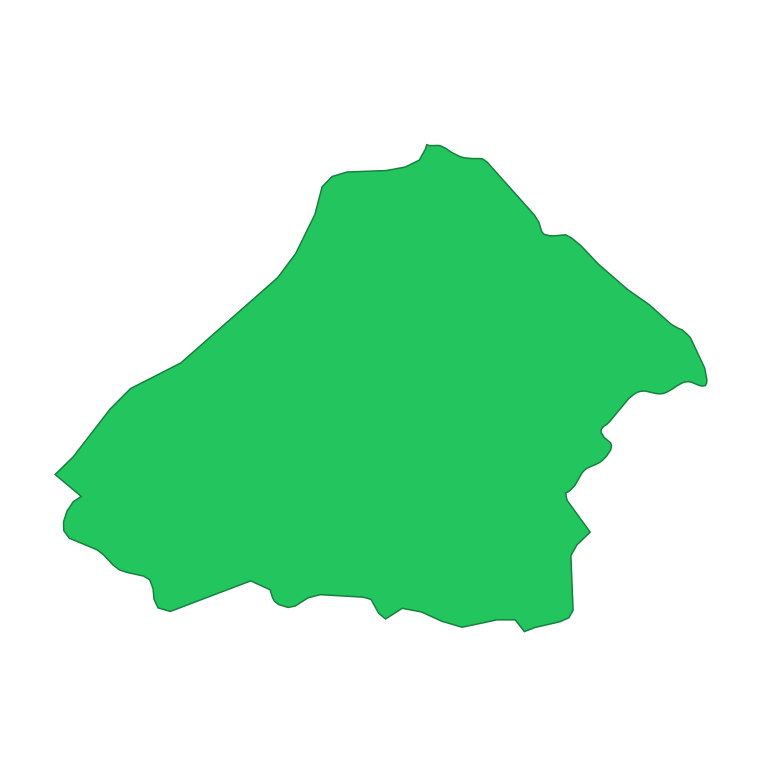 Chieti, orthographic projection, rotated 274°
{"feature_id": "ITA-5421", "entity_name": "Chieti", "entity_type": "Province", "adm_level": 1, "iso_a3": "ITA", "parent_name": "Italy", "parent_adm1": "", "projection": "orthographic", "projection_center": [14.381, 42.106], "detail": "fine", "context": "isolated", "style": "filled", "palette": "green", "viewbox_px": 768, "rotation_deg": 274, "n_neighbors": 0, "source": "natural_earth", "source_scale": "10m", "svg_char_len": 1806}
<svg xmlns="http://www.w3.org/2000/svg" viewBox="0 0 768 768"><g transform="rotate(274 384 384)"><path d="M270.8,62.2L289.6,79.0L339.9,112.5L361.7,131.4L390.9,179.9L482.8,270.6L507.8,286.7L548.2,303.2L576.4,308.5L587.4,317.8L592.9,332.3L597.1,371.4L601.9,390.0L609.8,403.6L621.6,409.1L625.7,409.9L625.0,412.8L625.8,422.1L625.1,425.0L623.4,429.1L619.6,435.6L616.0,444.3L615.3,448.2L615.0,455.8L615.5,463.0L615.5,466.6L612.6,471.3L563.0,522.3L555.9,527.3L546.7,530.9L544.4,533.4L543.4,539.5L543.7,543.8L545.0,551.3L545.5,554.9L542.8,560.8L535.7,570.8L518.2,589.9L495.1,620.6L481.6,643.1L463.7,666.1L460.5,672.7L458.6,678.0L454.8,682.9L451.5,686.5L434.4,696.0L422.5,702.7L411.3,705.7L407.6,705.8L404.8,704.7L404.1,701.2L404.7,698.0L407.0,691.3L407.6,687.9L407.1,684.7L406.0,681.6L402.6,676.4L398.9,671.7L395.4,666.4L394.1,663.5L393.4,660.2L393.4,656.4L395.2,645.1L394.8,641.5L393.9,638.4L392.4,635.7L390.5,633.3L386.3,629.0L361.8,611.4L358.9,608.6L356.8,605.8L354.2,604.1L351.2,603.8L346.0,607.3L341.2,614.1L338.2,615.3L334.0,614.7L327.5,611.0L323.9,608.0L321.2,605.1L319.5,602.6L315.1,594.1L313.5,591.5L311.3,589.4L308.8,587.6L296.5,581.7L292.0,578.2L290.5,576.7L289.3,575.2L288.2,572.9L283.6,573.8L280.3,575.1L250.6,600.0L237.0,587.7L225.8,582.4L171.4,588.4L163.8,584.8L159.2,576.3L151.6,551.5L146.8,541.3L157.9,531.4L156.6,513.1L146.8,478.9L151.3,458.3L159.2,437.3L161.5,417.9L149.7,401.9L154.9,394.7L168.2,386.1L169.9,378.1L169.4,335.1L165.4,323.2L156.3,310.9L154.4,304.0L156.6,294.4L159.5,290.0L162.9,287.8L170.8,284.7L178.3,264.7L142.2,186.7L144.9,174.2L153.2,169.6L163.6,167.9L172.3,164.0L175.6,157.6L178.1,140.8L180.1,133.1L184.3,126.6L194.3,115.8L198.6,109.2L208.2,80.8L215.4,74.8L224.0,73.9L234.9,76.6L244.9,82.2L250.7,89.8L270.8,62.2Z" fill="#22c55e" stroke="#15803d" stroke-width="1.5"/></g></svg>